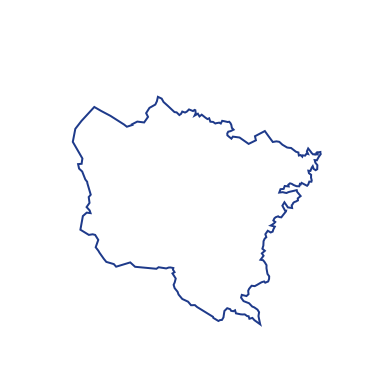 outline of Agloi Vavatsinias, Larnaca, Cyprus, rotated 305°
{"feature_id": "46923920B2556379432135", "entity_name": "Agloi Vavatsinias", "entity_type": "district", "adm_level": 2, "iso_a3": "CYP", "parent_name": "Cyprus", "parent_adm1": "Larnaca", "projection": "equal_earth", "projection_center": [33.198, 34.889], "detail": "fine", "context": "isolated", "style": "outline", "palette": "blue", "viewbox_px": 384, "rotation_deg": 305, "n_neighbors": 0, "source": "geoboundaries", "source_scale": "gbopen_adm2", "svg_char_len": 3615}
<svg xmlns="http://www.w3.org/2000/svg" viewBox="0 0 384 384"><g transform="rotate(305 192 192)"><path d="M155.3,83.6L151.8,85.4L149.5,82.7L146.4,86.1L145.8,90.3L141.1,97.4L140.2,100.3L139.2,101.2L131.7,110.6L128.6,110.3L127.1,111.7L124.3,114.3L119.2,114.3L118.2,118.7L116.5,121.0L114.7,117.6L109.7,116.4L97.1,122.2L97.7,132.1L100.4,134.9L101.3,137.3L99.0,142.7L91.5,144.8L90.2,148.9L89.2,151.1L86.7,158.0L85.6,161.9L88.1,169.3L87.3,172.7L98.9,181.8L98.1,188.3L108.7,206.9L111.2,207.8L114.6,214.7L116.8,216.3L117.8,217.6L119.0,220.3L117.5,220.9L116.3,223.7L114.1,222.7L111.8,228.3L108.0,229.7L105.4,230.2L103.3,232.9L102.0,237.4L100.3,239.8L98.8,245.4L99.9,251.7L98.7,256.1L101.0,259.3L100.7,262.1L101.8,280.8L101.1,281.7L101.5,287.6L103.1,288.4L104.4,289.9L107.3,289.7L113.1,286.8L117.0,287.5L117.9,290.5L117.1,292.2L118.0,294.2L119.8,295.1L117.8,297.6L119.7,302.0L120.7,303.7L122.0,305.4L122.0,308.4L122.7,309.6L121.1,311.7L123.5,313.7L122.8,316.6L122.7,323.8L123.1,323.3L128.5,317.6L132.0,315.9L133.2,313.1L133.2,309.2L132.7,307.0L133.6,302.6L132.2,296.8L133.6,292.8L136.3,291.8L138.0,296.3L140.7,296.9L143.3,294.7L145.5,294.3L149.4,294.6L150.9,297.4L153.3,298.6L157.9,300.7L160.1,302.4L159.7,304.0L162.4,305.7L165.0,305.0L167.2,303.6L168.2,300.8L172.3,296.7L174.8,295.0L176.2,291.8L176.9,289.4L175.8,287.0L180.8,287.2L181.8,284.4L185.6,285.4L185.9,282.2L189.0,281.2L192.8,278.8L195.5,278.3L197.6,278.8L199.5,276.3L203.7,276.3L204.0,279.7L205.8,280.8L208.0,280.1L211.1,279.7L209.7,275.7L211.1,276.4L213.6,277.2L215.2,277.4L215.3,275.0L217.6,274.6L219.3,275.0L221.5,276.5L221.5,277.8L222.5,279.7L225.2,279.8L230.0,280.1L230.7,279.8L230.1,279.0L232.6,273.9L236.6,273.6L234.4,279.4L236.3,283.2L238.3,281.3L239.4,281.5L240.9,281.2L242.5,281.6L243.7,282.5L245.9,283.6L247.4,282.3L251.0,283.3L252.4,278.1L253.6,276.7L250.1,273.6L247.9,271.6L246.8,270.8L245.4,270.0L244.7,268.5L243.9,266.4L241.6,263.8L245.1,262.9L247.1,265.3L250.1,264.5L252.0,268.0L253.2,266.7L255.3,267.3L255.9,269.1L256.0,271.2L256.7,274.3L258.2,276.6L260.4,275.8L260.5,276.7L262.3,276.5L263.1,282.7L264.8,282.9L267.8,282.1L268.9,283.9L270.2,283.4L272.0,281.3L274.4,279.7L274.5,277.0L276.2,275.1L277.2,276.9L280.7,276.1L282.4,276.1L280.7,278.4L280.8,280.8L282.5,281.5L285.9,279.3L286.8,276.2L288.5,274.2L289.6,276.1L293.2,275.7L296.9,275.7L297.7,274.7L298.4,274.2L297.2,273.0L296.3,271.7L295.7,271.6L295.9,272.4L295.4,273.1L294.9,273.4L293.9,272.0L293.2,271.4L293.3,270.8L292.3,269.6L292.6,267.4L293.1,266.3L294.3,262.2L291.2,262.8L289.7,265.3L289.2,263.8L286.7,263.8L285.4,261.5L284.2,262.0L284.5,259.7L283.2,258.6L284.8,257.0L285.4,256.5L284.6,254.0L284.9,247.9L284.0,246.4L283.0,244.4L282.6,238.9L283.1,235.2L283.1,234.6L281.9,232.1L279.3,229.5L281.7,222.4L283.7,216.7L273.8,211.6L271.0,214.7L263.9,210.8L263.9,199.7L260.8,193.7L258.3,193.7L258.5,190.6L258.7,188.5L260.2,187.3L262.2,187.1L264.0,188.7L266.9,190.3L267.4,187.9L269.6,185.6L270.5,183.9L270.9,182.2L269.8,181.1L268.6,178.1L267.6,175.9L264.6,176.3L264.4,174.5L262.5,172.6L261.5,171.8L261.5,169.1L260.1,166.7L262.2,163.8L260.6,162.8L260.6,160.3L260.8,157.3L260.9,155.6L258.2,154.8L259.5,151.9L256.1,150.3L258.8,149.8L260.9,147.8L260.7,147.0L258.9,146.4L257.9,142.2L254.7,141.6L253.1,140.7L252.3,137.9L249.7,138.2L247.8,137.5L248.4,133.7L247.4,131.8L248.7,122.9L249.4,117.1L251.1,113.6L250.4,109.5L246.2,111.2L242.6,111.8L236.5,108.9L230.3,109.2L228.3,112.9L221.5,112.9L218.3,106.8L213.0,104.0L212.7,104.7L208.1,101.2L208.3,97.6L207.6,81.5L206.3,71.2L205.6,63.2L186.8,60.7L176.8,60.2L164.7,65.6L156.6,83.0L155.4,83.6L155.3,83.6Z" fill="none" stroke="#1e3a8a" stroke-width="2"/></g></svg>